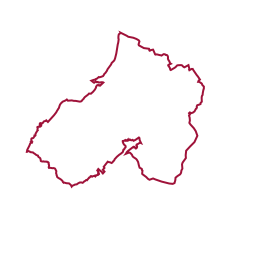 the district of Mariselu, Bistrita-Nasaud, Romania, rotated 314°
{"feature_id": "2599482B66429333464185", "entity_name": "Mariselu", "entity_type": "district", "adm_level": 2, "iso_a3": "ROU", "parent_name": "Romania", "parent_adm1": "Bistrita-Nasaud", "projection": "robinson", "projection_center": [24.492, 47.008], "detail": "fine", "context": "isolated", "style": "outline", "palette": "rose", "viewbox_px": 256, "rotation_deg": 314, "n_neighbors": 0, "source": "geoboundaries", "source_scale": "gbopen_adm2", "svg_char_len": 5736}
<svg xmlns="http://www.w3.org/2000/svg" viewBox="0 0 256 256"><g transform="rotate(314 128 128)"><path d="M193.5,63.1L191.4,56.5L191.3,56.8L191.0,56.7L189.1,56.3L188.3,56.7L187.1,57.6L185.9,58.7L185.4,59.6L183.0,61.4L181.9,62.1L181.1,62.5L173.5,67.8L169.0,70.4L167.0,71.2L163.4,71.1L161.9,71.7L156.0,72.5L154.4,73.1L151.9,73.5L150.4,73.4L149.7,73.7L148.0,74.0L146.3,73.2L144.7,72.3L144.4,71.6L141.6,71.3L140.8,70.8L140.2,70.8L138.6,69.8L136.6,68.8L136.9,72.0L137.0,72.2L137.3,72.3L138.6,72.3L138.6,72.5L139.2,72.6L139.2,73.3L139.2,73.7L139.5,74.0L139.7,73.9L140.2,74.3L140.3,75.3L142.9,77.5L143.0,77.7L143.5,78.3L143.6,78.7L139.3,78.5L139.3,78.0L138.7,78.0L138.5,77.8L138.3,77.4L138.3,76.8L138.1,76.5L137.2,76.1L136.8,76.1L135.5,76.4L134.8,76.9L132.7,77.5L129.9,77.7L126.9,77.5L126.4,76.8L125.6,76.0L125.0,76.1L123.7,76.0L120.4,75.5L119.3,75.5L118.3,75.8L116.8,75.7L115.5,75.9L114.4,75.7L113.4,74.9L111.2,71.6L109.9,70.2L108.8,68.4L105.9,65.8L106.0,64.2L104.6,64.0L101.5,62.7L99.9,62.7L99.2,62.6L97.5,62.9L96.1,63.5L94.6,64.3L93.8,64.5L92.9,64.6L92.5,64.8L91.5,64.9L89.4,65.5L85.8,65.9L76.7,66.2L76.7,63.9L76.0,64.0L74.9,63.2L74.2,62.9L72.6,63.2L72.1,63.1L72.0,62.9L71.6,63.0L71.3,63.0L71.0,62.7L70.7,61.6L70.1,61.4L69.9,61.5L69.5,62.0L68.9,62.3L68.8,62.5L69.1,62.8L69.7,62.8L70.0,63.0L69.9,63.4L69.4,64.0L68.3,64.0L67.6,63.7L67.2,63.1L66.8,62.7L65.9,62.2L65.6,62.2L65.5,62.4L65.6,62.8L65.2,63.2L64.4,63.6L64.0,63.9L63.7,64.7L62.8,64.7L59.9,65.4L59.3,65.7L58.5,66.5L58.0,66.2L58.0,66.4L57.9,66.5L57.5,66.5L57.3,66.6L56.8,66.5L55.3,66.8L54.8,66.7L53.6,65.9L53.1,66.0L51.9,67.0L51.8,67.8L51.5,68.0L51.1,67.9L51.4,68.8L50.6,69.1L50.3,68.6L49.9,68.2L49.3,68.5L48.7,68.5L48.1,68.8L46.6,69.4L42.3,70.7L40.6,71.8L40.8,72.0L42.1,72.1L42.8,73.7L42.8,74.5L44.4,76.6L44.4,77.5L44.7,78.9L44.9,80.9L45.6,82.4L45.1,83.2L45.0,83.9L45.3,85.2L45.2,86.1L44.7,86.8L44.4,87.4L43.8,88.0L43.7,88.4L43.9,88.9L44.5,89.8L45.4,90.5L45.5,90.9L46.8,92.3L46.9,92.6L47.5,93.0L47.5,93.4L47.6,94.0L48.0,94.4L47.9,95.1L46.9,96.0L46.9,96.3L46.1,97.4L44.7,98.2L44.4,98.8L45.4,99.8L46.6,101.6L47.3,102.1L47.9,103.1L48.1,103.7L47.9,104.4L47.3,106.0L47.2,106.4L45.5,107.7L45.0,108.8L44.5,109.3L44.2,110.1L43.6,111.0L43.6,111.8L43.8,113.1L44.1,114.0L44.4,115.8L44.4,117.7L43.9,118.7L44.0,119.3L43.9,119.7L44.4,119.9L45.4,121.9L47.2,124.1L47.3,126.5L46.7,128.2L47.7,128.1L48.3,128.3L49.4,128.8L50.4,129.1L51.9,130.3L53.3,130.5L55.2,131.1L56.0,131.8L56.6,132.5L57.0,133.4L57.7,133.6L59.2,133.6L60.4,134.0L61.4,134.0L61.8,134.2L62.0,134.8L65.2,134.5L65.3,134.7L66.1,134.8L67.4,134.6L67.9,135.0L68.0,135.4L67.9,135.7L68.0,136.0L68.8,136.2L69.3,136.4L69.9,137.1L70.5,137.2L70.5,138.1L71.7,137.9L71.9,138.3L72.2,138.4L72.6,138.4L73.3,139.0L74.3,139.1L74.3,138.3L74.5,138.1L75.1,138.6L75.3,138.3L75.4,137.4L75.9,137.0L76.1,135.4L77.9,135.1L78.0,138.1L78.2,139.6L78.0,140.7L77.8,140.9L77.8,141.5L80.3,141.4L80.5,138.9L82.9,138.8L83.2,137.5L89.7,136.8L90.0,137.7L90.8,138.8L91.4,140.5L92.5,140.7L93.6,140.5L95.1,140.6L96.2,140.1L99.7,140.0L102.8,140.3L104.5,140.7L106.0,140.8L106.5,141.0L107.5,140.8L108.9,139.9L109.2,139.8L109.7,140.1L110.4,140.0L110.7,139.7L112.4,139.7L113.3,138.9L113.4,137.5L113.3,136.6L113.9,134.8L114.4,134.3L114.4,133.8L115.0,133.3L115.7,134.0L116.6,134.1L117.1,134.3L117.2,135.0L117.7,134.9L117.7,135.6L119.0,135.8L118.5,136.1L118.5,136.5L119.5,137.0L120.4,137.0L121.0,137.2L121.1,137.5L120.7,137.6L121.5,138.9L122.0,139.4L122.7,139.6L122.7,140.9L124.6,141.6L129.5,142.6L128.8,142.8L128.4,143.1L128.4,143.6L127.7,144.4L127.1,145.4L126.9,146.1L126.6,146.8L126.2,147.9L126.0,147.4L125.6,146.9L124.9,146.6L122.9,146.1L122.2,145.7L121.9,145.8L121.3,146.1L121.2,147.1L121.0,147.4L120.8,147.6L120.1,148.0L119.1,148.1L118.6,147.7L118.9,146.8L118.8,146.5L118.4,146.1L118.7,145.7L117.7,145.1L117.8,144.9L111.9,144.0L110.3,143.9L109.3,144.0L108.7,144.3L108.0,144.4L111.1,145.8L111.6,146.8L111.6,148.2L111.5,149.4L110.9,150.8L110.8,151.9L111.4,155.3L111.3,156.4L110.6,158.8L108.6,161.9L107.5,163.9L108.1,166.0L108.1,166.5L107.4,167.3L107.4,168.0L105.1,169.8L104.8,170.3L105.4,175.2L105.3,177.7L105.7,179.4L109.1,181.1L110.0,183.4L112.8,189.4L116.7,196.2L118.9,199.0L120.7,199.7L123.3,198.3L125.3,196.7L127.9,197.0L130.9,197.7L132.6,197.3L134.6,195.9L136.5,195.4L139.4,192.1L141.1,191.3L146.6,190.5L148.5,188.4L152.1,185.6L158.1,185.5L164.0,185.6L170.6,183.3L172.8,178.9L173.6,175.4L173.9,170.5L174.3,168.6L176.4,167.3L178.4,165.0L179.3,163.3L180.5,163.2L181.0,161.6L182.2,161.7L182.3,163.0L184.2,164.0L186.2,164.3L189.0,163.5L189.6,163.7L190.3,163.4L190.6,163.3L191.3,162.4L192.5,162.0L194.5,163.1L195.6,163.5L196.5,162.8L198.2,162.8L200.9,160.0L201.8,159.3L202.5,158.9L203.6,158.7L205.1,157.5L207.7,155.8L208.0,155.7L208.4,155.4L208.9,155.3L210.5,153.8L210.6,151.4L211.1,150.6L211.2,150.0L211.0,149.3L211.1,149.0L210.5,146.9L210.0,146.4L211.2,145.9L212.8,146.1L213.6,142.5L213.8,140.7L215.0,134.9L215.4,133.6L215.2,133.5L214.9,132.9L214.6,132.7L212.2,132.0L212.4,131.5L212.8,131.6L215.2,127.8L210.8,126.4L210.7,126.2L210.5,124.6L210.6,123.9L210.6,123.4L210.2,122.6L209.4,121.8L207.8,120.3L207.2,119.9L204.7,119.9L203.2,119.6L199.4,118.5L199.3,118.0L200.4,116.1L200.5,115.2L200.8,114.8L200.8,113.6L201.5,113.2L204.0,114.2L203.9,113.6L204.0,112.9L204.7,111.4L204.9,110.2L205.5,108.7L206.7,107.6L207.1,107.1L207.5,106.1L207.5,105.5L207.4,105.0L206.7,104.3L206.7,103.5L206.4,103.0L205.8,102.3L203.4,101.8L203.1,101.1L202.3,99.9L201.3,98.1L200.8,97.4L200.0,96.9L199.9,96.7L199.8,96.4L200.0,95.9L200.2,95.5L201.8,91.6L201.7,91.5L200.0,90.4L198.7,90.0L198.6,89.9L198.7,89.3L199.4,88.6L199.6,88.1L196.5,83.9L195.0,78.4L195.5,77.5L198.2,76.1L198.3,75.9L198.5,75.0L198.5,74.6L197.9,72.2L196.6,69.1L193.8,64.8L193.5,63.1Z" fill="none" stroke="#9f1239" stroke-width="2"/></g></svg>